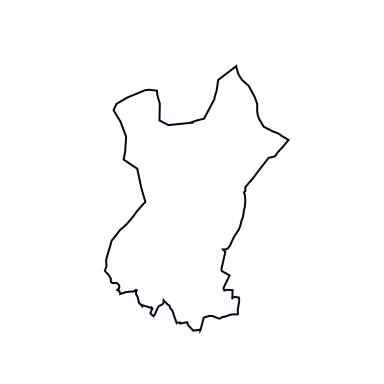 the district of Ikwerre, Rivers, Nigeria, rotated 41°
{"feature_id": "59680162B85189896765318", "entity_name": "Ikwerre", "entity_type": "district", "adm_level": 2, "iso_a3": "NGA", "parent_name": "Nigeria", "parent_adm1": "Rivers", "projection": "albers", "projection_center": [6.95, 5.081], "detail": "fine", "context": "isolated", "style": "outline", "palette": "ink", "viewbox_px": 384, "rotation_deg": 41, "n_neighbors": 0, "source": "geoboundaries", "source_scale": "gbopen_adm2", "svg_char_len": 4349}
<svg xmlns="http://www.w3.org/2000/svg" viewBox="0 0 384 384"><g transform="rotate(41 192 192)"><path d="M79.1,181.7L92.1,185.9L106.0,193.5L115.3,205.7L119.1,212.4L129.8,211.1L135.4,210.3L151.1,222.2L163.4,230.1L163.1,233.3L163.1,236.6L163.1,243.6L163.7,249.1L163.8,259.6L163.5,260.7L163.6,261.7L162.6,267.9L163.1,275.3L163.2,277.9L163.3,281.0L163.2,281.3L165.4,285.8L169.0,293.8L171.8,299.7L176.1,304.1L177.2,306.9L178.1,308.8L182.8,309.2L184.6,309.7L187.8,310.7L188.5,312.0L190.0,313.0L191.8,312.9L194.8,310.1L197.0,310.0L199.1,310.8L200.1,312.7L199.9,315.0L200.4,314.9L201.8,314.3L202.0,314.6L202.7,315.0L203.1,315.1L204.0,315.2L204.4,315.3L204.6,315.6L204.8,316.0L205.8,314.3L206.9,312.6L207.5,311.4L207.7,311.0L208.1,310.5L208.9,309.8L209.3,309.2L209.9,308.6L210.6,307.8L211.0,307.3L211.3,307.1L211.9,306.7L212.3,306.4L212.5,306.2L212.9,305.8L213.1,305.4L213.3,305.0L213.5,304.4L213.6,304.0L213.7,303.7L213.7,303.3L213.8,303.0L213.9,302.8L214.2,302.7L214.7,302.3L215.0,302.8L215.0,303.0L214.9,303.3L214.9,303.6L215.0,303.7L215.8,304.8L216.7,305.8L217.0,305.9L219.2,306.6L221.2,307.8L222.2,308.6L223.2,309.3L224.5,310.4L225.6,310.4L226.4,310.5L228.0,310.7L229.4,310.8L229.0,309.9L232.3,308.4L234.2,307.6L235.8,306.9L237.3,306.2L237.2,305.7L238.5,305.8L238.8,306.9L239.2,308.1L239.8,309.7L240.1,310.8L242.1,311.1L243.7,311.0L244.5,310.9L243.8,307.0L243.0,304.9L242.7,303.7L242.1,301.8L241.9,300.7L241.9,299.7L242.2,298.9L242.9,297.6L243.2,297.0L243.3,296.3L243.3,295.6L243.3,295.2L243.3,294.7L241.6,292.3L244.3,292.6L245.3,292.7L246.3,292.8L246.8,292.9L247.2,292.9L247.3,292.9L248.1,292.7L248.8,292.5L249.2,292.5L249.4,292.5L249.7,292.6L249.9,292.7L250.2,292.9L250.4,293.2L250.8,293.5L251.1,293.7L251.6,293.8L252.9,294.1L253.5,294.2L254.2,294.3L254.9,294.5L255.4,294.5L255.7,294.7L256.5,295.2L257.1,295.6L257.9,296.1L261.5,298.3L262.2,298.6L263.3,299.2L264.1,299.7L265.2,300.3L266.0,300.7L266.4,300.9L266.4,300.5L266.5,300.4L266.9,300.0L267.4,299.5L267.9,299.1L268.2,298.9L268.6,298.4L269.4,299.0L273.4,294.0L273.7,293.5L274.9,294.2L275.8,294.7L276.3,294.9L276.6,295.1L277.1,295.2L277.7,295.2L279.0,295.3L282.9,295.7L283.7,295.8L284.0,295.8L284.7,294.9L286.5,292.9L287.8,291.3L288.2,290.8L288.4,290.7L288.6,290.7L288.7,290.9L288.8,290.9L289.0,291.1L288.8,290.2L288.2,289.0L287.5,287.6L286.7,286.0L285.9,284.3L285.0,282.6L284.3,281.1L283.3,279.2L283.2,279.1L283.6,278.4L284.3,277.3L285.4,275.8L286.1,274.5L286.5,274.1L287.0,273.6L288.0,272.9L288.5,272.5L288.9,272.1L290.2,271.6L290.4,271.6L291.3,271.3L292.2,271.0L293.5,270.5L294.1,270.3L295.1,269.9L295.5,269.7L295.9,269.4L296.1,269.1L296.3,268.4L296.6,267.6L296.8,266.8L297.1,266.3L297.4,265.9L297.9,265.4L298.1,265.1L298.5,264.7L299.3,263.3L301.3,259.9L301.5,259.7L302.0,258.8L302.6,258.1L303.7,257.0L304.1,256.7L305.3,255.6L306.0,255.1L306.5,254.6L306.8,254.2L306.2,253.3L304.5,251.7L304.2,251.3L303.6,250.5L303.2,249.8L302.6,248.9L301.9,247.8L301.6,247.4L300.8,245.9L299.9,244.5L299.3,243.5L299.0,243.1L298.8,242.9L298.4,242.6L298.1,242.3L297.3,241.4L296.7,240.9L295.5,241.7L295.0,241.9L294.8,242.0L294.2,242.2L293.9,242.4L293.7,242.5L293.4,242.9L292.8,243.7L292.3,244.6L292.2,244.9L292.1,245.7L291.9,245.6L290.6,243.8L288.5,241.3L287.0,239.4L284.0,241.9L282.1,243.3L281.1,245.2L280.0,244.6L278.8,244.0L275.1,230.3L266.4,232.1L265.6,231.7L264.7,230.7L256.4,215.3L255.8,215.3L253.1,215.0L255.0,213.2L255.7,212.3L256.0,210.4L256.0,208.2L253.7,200.3L252.9,196.9L252.2,191.2L251.8,189.0L250.9,186.4L250.0,184.8L249.7,183.9L248.8,182.5L247.5,179.4L247.1,177.9L244.6,173.7L243.1,171.7L242.1,169.4L240.1,166.4L237.7,163.3L236.7,162.4L235.3,161.0L233.1,159.0L231.5,158.3L231.5,157.3L231.6,156.2L231.1,155.7L229.0,153.4L229.0,141.1L228.5,135.0L228.1,128.4L227.4,116.1L231.3,110.5L230.7,106.1L230.9,97.4L230.7,89.4L227.2,90.0L224.4,90.6L222.1,91.0L221.0,90.9L220.6,90.9L219.0,91.3L216.9,91.8L215.3,92.5L212.8,93.4L203.3,95.7L199.0,94.2L196.8,93.5L194.7,92.7L192.0,91.5L188.0,88.1L186.4,86.2L183.6,82.9L177.3,79.3L165.2,74.7L156.3,74.6L154.7,74.1L152.3,73.5L150.1,72.8L148.1,71.6L143.9,69.0L142.8,68.0L138.3,90.1L139.0,91.5L141.6,95.4L144.2,99.6L146.7,105.4L147.9,106.9L153.0,128.8L148.6,135.0L146.1,139.3L146.7,139.5L130.3,157.0L120.5,159.3L109.7,146.4L105.9,144.0L102.4,141.7L99.1,138.5L92.5,143.0L89.6,146.3L81.1,163.4L77.2,175.0L79.1,181.7Z" fill="none" stroke="#020617" stroke-width="2"/></g></svg>